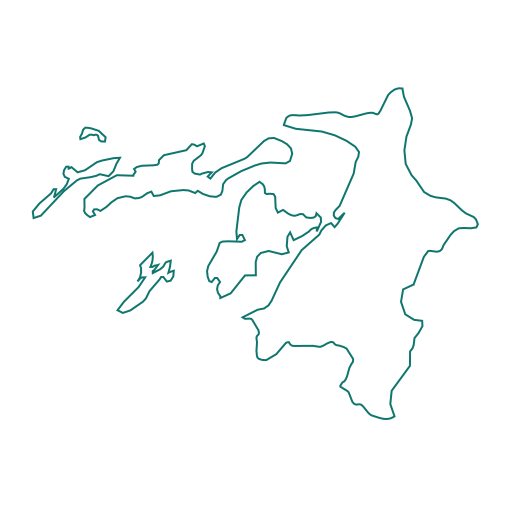 the County of Primorsko-Goranska, rotated 89°
{"feature_id": "HRV-1586", "entity_name": "Primorsko-Goranska", "entity_type": "County", "adm_level": 1, "iso_a3": "HRV", "parent_name": "Croatia", "parent_adm1": "", "projection": "natural_earth1", "projection_center": [14.596, 45.075], "detail": "fine", "context": "isolated", "style": "outline", "palette": "teal", "viewbox_px": 512, "rotation_deg": 89, "n_neighbors": 0, "source": "natural_earth", "source_scale": "10m", "svg_char_len": 5604}
<svg xmlns="http://www.w3.org/2000/svg" viewBox="0 0 512 512"><g transform="rotate(89 256 256)"><path d="M406.4,124.3L418.7,120.3L419.5,121.6L420.7,124.3L421.2,127.1L421.2,128.9L421.1,130.6L420.8,132.5L419.8,136.1L417.3,143.4L416.0,145.2L414.1,147.0L408.4,151.4L406.8,153.0L406.2,154.3L406.1,155.4L406.3,158.6L405.5,160.5L403.5,162.2L394.0,165.7L393.0,166.5L392.0,167.9L388.2,173.9L387.5,174.0L386.4,173.5L383.9,171.8L383.2,170.3L381.2,168.6L378.0,167.1L369.6,164.6L366.0,162.7L363.6,161.0L361.9,160.7L360.6,160.7L350.2,167.0L348.6,169.8L347.0,174.4L346.7,176.5L346.2,177.8L345.8,178.5L345.0,179.2L344.0,179.9L343.3,181.3L343.4,183.3L345.0,187.1L346.4,189.4L347.3,191.5L348.0,193.5L346.8,200.9L346.6,220.4L346.0,222.1L345.0,223.2L344.1,223.9L342.7,224.7L342.9,226.5L343.5,227.7L354.5,237.4L360.2,247.4L360.2,249.4L359.9,252.1L358.8,255.0L357.7,256.2L355.9,256.8L350.8,257.2L342.5,256.5L337.8,257.0L336.7,256.7L335.8,256.2L334.3,254.7L332.7,254.4L330.4,254.8L319.7,260.9L318.8,261.9L318.5,263.2L318.6,268.1L317.1,270.5L309.7,255.2L308.6,248.8L305.5,244.3L301.0,241.2L282.8,232.4L250.9,210.2L235.7,192.3L231.6,190.2L226.6,185.6L224.4,180.4L228.5,176.9L225.1,173.8L214.3,166.6L219.6,172.3L220.5,172.9L219.5,175.9L217.0,177.5L213.9,177.4L211.4,175.6L207.3,171.5L175.3,156.9L163.8,154.7L158.6,152.0L153.8,151.2L148.4,154.9L142.3,163.7L136.7,175.1L132.7,188.0L129.5,214.0L125.6,225.9L125.4,225.9L118.6,223.3L117.4,222.0L116.1,219.6L115.8,217.2L115.9,213.9L116.3,210.4L116.0,201.6L113.8,180.8L113.7,174.4L114.0,172.0L114.7,169.9L117.4,164.9L118.6,161.0L118.7,158.2L118.1,154.3L115.3,143.1L114.8,139.3L114.9,136.5L115.8,134.6L116.5,132.4L115.9,131.1L113.3,129.3L97.4,121.1L94.8,118.6L92.1,114.8L91.1,111.8L90.8,109.8L91.1,106.6L91.8,106.6L99.4,105.3L113.5,99.5L121.1,97.5L127.5,98.9L139.3,103.5L153.0,105.8L166.6,104.7L178.0,99.0L183.4,94.4L195.0,86.8L198.9,80.5L200.5,75.2L201.7,66.8L201.9,65.2L203.8,60.4L206.5,56.8L214.0,49.3L217.1,45.3L220.8,37.7L223.1,35.5L224.6,34.9L228.1,33.6L231.3,35.2L232.0,41.0L231.6,47.9L231.9,52.9L234.6,57.6L238.4,61.2L248.6,68.4L250.7,69.2L252.5,70.1L254.3,72.2L254.9,75.1L253.9,81.8L254.0,83.7L259.8,88.2L287.2,98.9L287.3,98.9L287.3,99.0L292.0,109.5L304.3,111.8L316.9,107.8L322.6,99.0L323.7,91.0L329.0,90.8L335.7,94.7L340.9,99.0L345.2,99.5L347.8,99.9L351.1,101.2L354.1,103.6L368.5,104.0L371.4,106.2L393.1,122.7L406.4,124.3ZM208.2,410.8L206.5,414.1L206.6,417.1L208.5,418.3L212.2,416.2L214.2,421.3L212.2,424.0L210.1,426.1L208.0,427.1L204.7,426.6L196.0,426.6L182.7,412.9L172.8,393.7L173.6,377.2L172.3,376.9L171.4,376.3L170.7,375.6L169.5,374.9L166.9,376.4L165.0,373.7L163.8,368.7L163.5,356.6L163.0,353.0L161.6,351.6L158.4,351.3L153.6,346.3L149.0,323.8L143.1,318.2L143.4,316.6L143.7,315.5L145.3,313.1L142.6,306.3L145.3,305.2L152.3,307.8L154.4,309.4L159.7,316.6L162.5,318.2L167.7,318.4L170.7,318.1L172.5,315.9L173.6,310.6L172.6,308.4L171.2,302.6L171.6,298.8L175.7,302.9L177.8,300.3L171.9,295.4L167.6,288.9L158.7,266.1L157.0,263.1L141.2,246.0L138.6,241.4L138.3,235.9L141.6,228.1L144.8,223.0L149.0,219.2L154.4,218.0L161.6,220.4L163.9,224.8L162.8,239.8L163.6,248.8L165.5,255.6L170.9,269.3L178.1,282.6L179.7,284.7L183.6,287.6L190.4,288.5L194.1,290.1L196.2,294.7L195.5,301.2L193.0,308.0L189.8,313.1L192.0,315.7L189.3,322.2L188.8,327.6L189.8,339.9L193.7,351.0L194.2,357.2L189.8,359.5L191.3,363.6L195.0,369.1L196.0,372.1L196.3,376.1L194.5,380.8L194.0,385.4L195.8,393.6L199.8,399.6L204.4,404.8L208.2,410.8ZM270.3,305.2L265.2,303.9L250.9,295.2L242.3,292.1L241.0,289.4L240.8,283.4L241.5,270.0L239.9,266.8L234.7,269.3L234.7,271.9L238.7,274.7L231.0,275.2L207.2,271.9L199.8,269.7L192.3,264.3L186.0,257.5L181.9,251.2L184.3,248.0L186.8,246.5L189.7,246.0L193.1,246.0L194.2,244.4L194.0,240.9L194.4,237.4L197.1,235.8L208.3,235.5L213.0,233.4L210.4,228.1L214.2,223.1L215.8,220.0L216.5,216.8L215.8,213.8L214.8,211.1L215.0,208.3L218.3,205.1L218.9,200.9L218.6,197.6L217.1,195.5L214.3,194.8L218.6,190.6L222.9,190.3L232.5,194.8L229.4,194.7L228.5,194.8L229.0,197.6L229.9,199.8L231.2,201.5L232.5,202.7L236.9,209.6L240.8,218.1L233.0,221.5L237.4,224.2L246.7,225.1L253.0,223.2L254.7,230.1L251.2,243.3L253.1,251.2L256.8,254.9L262.1,256.4L275.3,256.5L275.2,267.3L292.9,282.0L297.4,292.4L295.6,292.4L292.1,294.7L288.4,295.5L284.7,294.7L281.4,292.4L277.3,295.2L277.3,297.5L281.3,300.8L280.2,303.2L275.8,304.7L270.3,305.2ZM275.4,367.2L275.4,370.1L276.1,371.9L279.4,374.9L275.5,372.4L270.8,371.2L266.3,371.1L263.2,372.1L250.9,359.5L254.6,359.2L258.3,359.5L261.8,360.4L265.1,361.8L265.1,359.5L264.1,358.2L263.8,357.4L263.8,356.3L263.2,354.1L268.1,357.8L269.3,359.5L271.3,359.5L267.6,352.1L265.1,349.0L261.0,346.5L260.3,345.2L259.2,341.3L265.4,342.2L271.3,343.9L270.5,342.4L269.3,338.5L274.9,339.0L279.2,341.8L280.0,345.6L275.4,349.0L275.4,351.3L277.6,352.7L289.3,363.1L296.5,366.8L299.7,369.8L308.2,382.6L310.6,390.1L307.8,395.4L299.4,388.8L285.0,373.9L275.4,367.2ZM187.9,447.0L211.9,470.4L214.2,477.7L207.6,478.4L199.6,471.5L189.8,459.8L185.7,457.2L185.7,454.7L191.9,456.3L194.0,457.2L185.6,447.5L181.1,444.0L175.6,441.8L173.5,445.8L170.4,447.1L166.8,446.4L163.4,444.2L163.4,441.8L165.4,441.8L165.1,440.9L163.9,439.0L169.2,432.9L167.3,425.5L159.4,413.4L157.9,408.4L155.7,396.7L155.4,390.3L161.3,393.9L168.8,397.1L173.6,402.0L171.5,410.8L173.0,414.1L174.3,420.1L175.6,430.3L177.3,433.8L187.9,447.0ZM128.1,411.1L134.6,404.3L138.9,405.0L138.8,408.7L137.1,411.0L133.1,411.8L132.7,412.3L132.1,412.9L131.9,414.2L132.4,416.2L131.8,418.2L131.9,420.3L132.6,421.4L134.6,424.6L136.1,429.5L134.0,429.8L130.5,427.8L126.8,426.7L124.7,424.4L125.0,421.1L125.6,418.3L128.1,411.1Z" fill="none" stroke="#0f766e" stroke-width="2"/></g></svg>